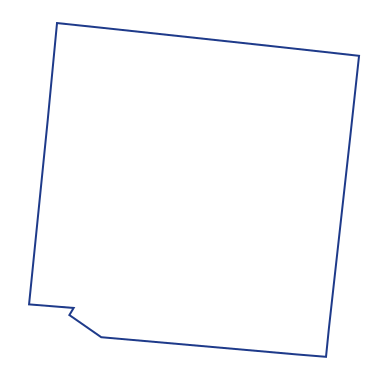 the district of Lawrence, Indiana, United States of America, rotated 96°
{"feature_id": "52423323B62913714602818", "entity_name": "Lawrence", "entity_type": "district", "adm_level": 2, "iso_a3": "USA", "parent_name": "United States of America", "parent_adm1": "Indiana", "projection": "equal_earth", "projection_center": [-86.446, 38.839], "detail": "fine", "context": "isolated", "style": "outline", "palette": "blue", "viewbox_px": 384, "rotation_deg": 96, "n_neighbors": 0, "source": "geoboundaries", "source_scale": "gbopen_adm2", "svg_char_len": 323}
<svg xmlns="http://www.w3.org/2000/svg" viewBox="0 0 384 384"><g transform="rotate(96 192 192)"><path d="M314.0,41.6L121.0,40.4L39.1,40.1L38.6,127.2L38.1,300.6L38.1,343.9L136.0,343.0L320.8,342.3L319.7,297.6L327.2,301.1L345.9,267.1L342.6,71.2L341.9,41.5L314.0,41.6Z" fill="none" stroke="#1e3a8a" stroke-width="2"/></g></svg>